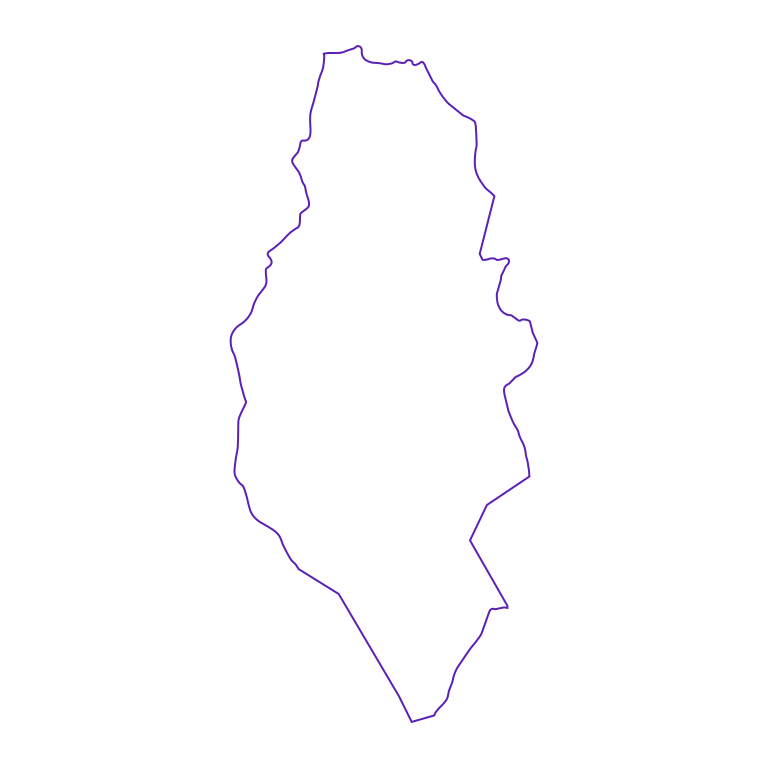 San Pedro de Tutule, La Paz, Honduras
{"feature_id": "27666195B44797155238261", "entity_name": "San Pedro de Tutule", "entity_type": "district", "adm_level": 2, "iso_a3": "HND", "parent_name": "Honduras", "parent_adm1": "La Paz", "projection": "equal_earth", "projection_center": [-87.851, 14.246], "detail": "fine", "context": "isolated", "style": "outline", "palette": "violet", "viewbox_px": 768, "rotation_deg": 0, "n_neighbors": 0, "source": "geoboundaries", "source_scale": "gbopen_adm2", "svg_char_len": 6034}
<svg xmlns="http://www.w3.org/2000/svg" viewBox="0 0 768 768"><path d="M529.4,476.5L529.0,470.7L528.3,466.2L527.6,461.7L526.1,456.2L525.8,454.5L525.4,451.1L524.8,448.2L523.9,445.6L523.1,443.5L520.9,439.3L519.8,436.8L519.0,434.7L518.3,431.8L517.6,430.1L516.5,428.0L514.9,425.6L513.9,423.9L512.0,419.9L511.0,417.4L508.5,411.1L507.9,408.7L504.4,394.1L504.1,391.8L504.0,389.7L504.2,388.5L504.6,387.3L505.2,386.4L506.1,385.5L507.0,384.8L508.7,383.9L509.5,383.3L515.6,377.0L516.4,376.6L517.9,376.0L520.0,374.9L522.9,373.1L525.3,371.4L527.6,369.2L528.8,367.9L529.9,366.4L530.8,365.0L531.6,363.6L532.3,362.0L532.8,360.4L533.5,357.8L534.2,353.7L536.4,346.8L537.1,344.1L537.3,342.9L537.0,342.0L532.8,332.9L530.0,321.8L529.6,321.1L528.5,320.5L527.1,320.0L526.0,319.7L524.0,319.5L523.0,319.5L522.1,319.6L521.4,319.9L520.4,320.6L520.0,320.7L519.5,320.7L518.8,320.6L517.6,319.9L511.5,315.4L510.5,315.1L509.0,315.1L507.8,314.9L506.0,314.2L504.6,313.4L503.4,312.6L502.4,311.7L501.4,310.7L500.4,309.4L499.6,308.0L498.9,306.6L498.2,305.0L497.4,302.3L497.2,300.6L497.0,298.9L496.8,296.8L496.8,294.7L497.1,292.8L500.8,280.0L501.0,278.8L501.1,276.8L501.3,275.8L501.7,274.8L503.4,271.5L505.5,266.9L506.3,265.7L507.9,264.1L508.4,263.4L508.7,262.7L508.9,261.9L509.0,260.9L508.8,260.0L508.5,259.4L508.0,258.9L507.5,258.6L506.6,258.3L505.3,258.2L500.0,259.6L498.5,259.9L497.4,260.0L496.7,259.8L495.4,259.0L494.6,258.6L493.1,258.4L491.7,258.4L489.9,258.6L487.5,259.4L486.2,259.7L484.5,259.9L482.9,259.9L482.6,259.7L482.4,259.5L479.7,253.9L494.4,196.1L491.6,193.3L486.1,188.7L485.0,187.4L483.7,185.7L480.6,181.3L478.5,177.7L477.0,174.4L476.4,172.8L475.8,170.9L475.3,168.5L475.0,166.2L474.8,163.9L474.8,160.8L475.0,156.8L475.2,154.2L475.6,151.0L476.5,146.4L476.6,145.0L476.6,142.8L476.3,134.4L475.8,126.8L475.4,123.6L475.2,123.0L474.9,122.1L474.5,121.5L474.1,121.1L472.4,119.9L470.1,118.5L467.5,117.2L463.9,115.8L462.5,114.9L449.3,104.3L447.9,103.0L446.5,101.5L443.2,97.4L440.4,93.3L439.0,91.0L437.0,87.0L435.8,85.0L434.9,83.8L433.3,82.1L432.5,81.0L429.6,75.1L426.3,68.7L425.0,65.5L424.5,64.4L423.5,62.9L422.6,62.1L422.0,61.9L421.2,62.1L420.5,62.5L419.3,63.4L418.3,63.9L416.2,64.8L415.2,65.1L413.9,64.8L413.3,64.5L413.0,64.3L412.6,63.5L412.2,61.9L411.8,61.3L411.4,60.9L410.3,60.4L409.1,60.1L408.0,60.2L406.9,60.6L406.2,61.2L405.2,62.4L404.8,62.6L404.3,62.8L402.6,63.0L400.5,62.7L398.4,62.3L396.5,61.5L395.7,61.4L394.7,61.7L393.2,62.8L391.8,63.4L389.3,63.9L386.9,64.3L384.9,64.2L380.9,63.4L376.4,62.9L372.9,62.7L372.0,62.6L369.1,61.7L367.1,60.8L365.2,59.7L364.0,58.5L363.4,57.7L362.9,56.8L362.3,55.3L361.9,53.8L361.7,52.4L361.8,50.9L361.8,50.1L361.6,49.1L361.3,48.3L360.7,47.3L360.0,46.7L359.2,46.3L358.3,46.1L357.4,46.1L356.6,46.4L355.6,47.1L354.5,48.1L354.0,48.4L348.5,50.1L343.7,52.0L341.9,52.5L340.2,52.8L337.5,53.0L328.6,53.0L326.7,53.2L323.8,53.7L324.1,54.4L324.2,55.2L324.2,57.8L324.0,60.6L323.7,63.6L323.0,68.1L322.1,71.0L320.3,75.5L318.8,80.3L318.3,82.3L317.8,85.7L317.3,87.9L313.5,102.4L311.5,108.8L311.0,110.8L310.5,113.3L310.2,116.2L310.1,120.2L310.2,123.3L310.5,128.7L310.5,131.4L310.3,134.3L309.9,136.3L309.4,137.4L308.8,138.5L308.2,139.3L307.5,139.8L306.6,140.2L304.7,140.7L303.8,140.7L302.8,140.5L302.3,140.6L301.7,140.9L301.1,141.5L300.8,142.1L300.5,142.7L299.9,145.8L299.3,148.4L298.8,150.1L298.2,151.6L297.3,153.1L295.1,155.5L293.0,158.3L292.3,159.4L292.1,160.3L292.2,161.3L292.3,162.1L293.3,164.3L297.1,169.7L298.5,171.5L299.1,172.5L300.8,176.6L302.0,180.6L302.6,182.3L303.3,183.6L304.3,185.0L304.8,186.0L305.3,187.8L305.9,191.3L306.5,193.8L308.3,199.5L308.8,201.4L309.0,202.9L309.1,204.2L309.1,205.0L308.9,205.8L308.2,207.1L307.1,208.3L305.9,209.3L302.8,211.5L300.9,213.1L300.5,213.7L300.2,214.6L300.1,216.0L300.0,217.9L299.9,221.7L299.6,224.1L299.4,225.2L299.0,225.9L298.7,226.5L298.0,227.4L296.5,228.2L293.6,230.1L290.5,232.4L287.5,235.2L280.8,242.3L277.0,245.5L273.1,248.7L269.1,251.4L268.5,252.1L268.0,252.7L267.8,253.3L267.7,253.8L267.7,254.4L267.9,255.1L268.4,256.2L270.2,258.3L271.0,259.8L271.3,260.6L271.5,261.2L271.6,262.4L271.5,263.1L271.2,263.9L271.0,264.4L270.3,265.3L269.7,266.0L268.0,267.2L266.8,268.1L266.2,268.9L265.9,269.5L265.8,270.6L265.9,273.7L266.4,279.6L266.5,281.7L266.4,282.6L266.2,283.5L265.6,285.3L265.1,286.4L263.8,288.3L261.4,291.4L258.2,295.5L256.5,298.4L255.0,301.5L254.0,303.8L253.3,305.8L252.3,309.5L251.6,311.5L250.7,313.4L249.4,315.5L248.2,317.3L247.1,318.7L244.4,321.4L242.3,323.2L239.3,325.1L237.9,326.1L236.6,327.3L235.3,328.7L233.6,331.0L232.3,333.2L231.4,335.4L230.9,337.7L230.7,339.8L230.7,342.6L230.9,345.1L231.4,347.4L231.9,349.5L232.5,351.1L234.7,355.9L235.6,359.2L236.9,364.5L238.9,373.5L239.7,377.8L240.6,383.3L241.1,385.4L244.2,396.5L245.8,401.1L246.0,402.3L245.9,402.8L245.2,404.4L241.7,411.7L240.1,415.2L239.2,417.5L238.6,419.8L238.4,421.4L238.3,423.6L238.1,437.5L238.0,441.7L237.7,447.5L237.4,450.2L236.0,457.3L235.1,463.8L234.8,466.8L234.5,470.3L234.5,472.0L234.7,473.8L235.0,475.2L235.4,476.3L236.7,478.9L237.9,480.8L239.0,482.3L239.9,483.4L242.7,485.7L243.2,486.4L243.6,487.2L244.7,490.1L246.8,497.1L247.6,500.5L248.9,505.9L249.7,508.6L250.3,510.6L251.1,512.4L252.1,514.3L253.3,516.0L254.8,517.8L256.8,519.6L258.8,521.2L260.6,522.4L268.4,526.9L272.5,529.5L275.9,532.0L277.8,534.0L279.1,535.7L280.1,537.4L281.1,539.7L282.5,543.6L283.4,545.7L286.0,550.8L287.6,553.9L289.4,557.1L291.0,559.6L291.8,560.7L292.7,561.6L294.8,563.5L296.0,564.9L298.6,569.1L338.7,594.0L399.0,696.3L411.7,721.9L434.3,715.4L435.2,713.1L435.9,711.9L439.0,708.2L442.2,705.0L443.8,703.2L445.6,701.0L446.8,699.1L447.3,697.9L447.8,696.6L448.5,692.8L449.1,690.5L450.0,688.0L451.9,683.2L452.5,681.3L453.2,678.1L453.7,676.2L454.9,672.8L456.0,670.2L457.2,668.0L459.2,664.9L467.2,653.1L470.9,647.9L475.8,641.9L479.1,637.5L480.8,634.9L481.4,633.8L481.9,632.5L486.0,621.0L488.2,614.7L489.3,611.8L489.8,610.7L490.4,609.9L491.0,609.4L491.7,609.0L492.4,608.8L493.3,608.8L494.9,609.1L495.8,609.1L504.0,607.4L504.5,607.4L507.4,607.9L507.4,605.8L470.0,540.4L486.9,505.0L529.4,476.5Z" fill="none" stroke="#5b21b6" stroke-width="2"/></svg>